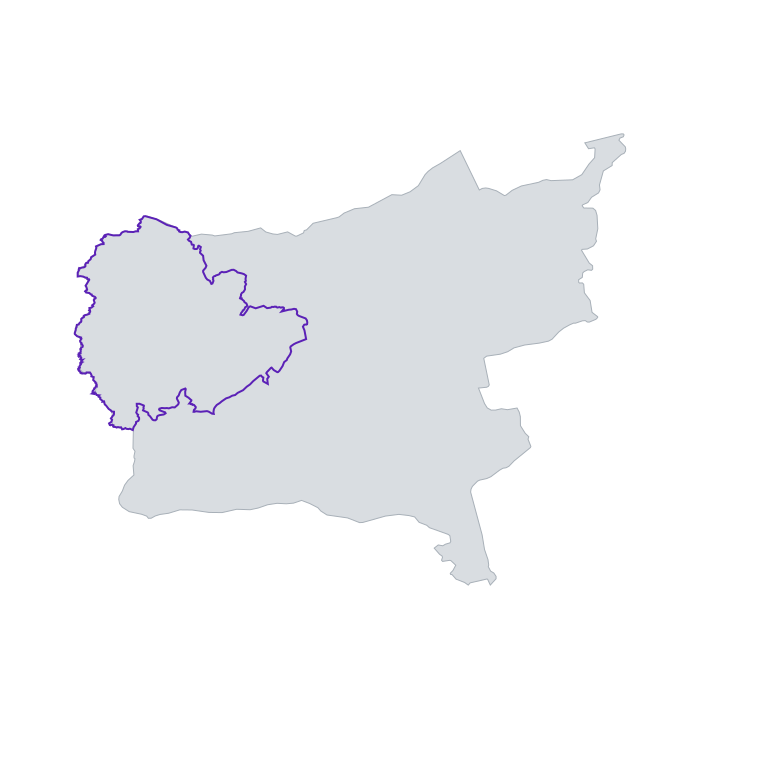 Orientale highlighted on a map of Democratic Republic of the Congo, rotated 256°
{"feature_id": "COD-1559", "entity_name": "Orientale", "entity_type": "Province", "adm_level": 1, "iso_a3": "COD", "parent_name": "Democratic Republic of the Congo", "parent_adm1": "", "projection": "equal_earth", "projection_center": [26.062, 1.632], "detail": "fine", "context": "in_parent", "style": "outline", "palette": "violet", "viewbox_px": 768, "rotation_deg": 256, "n_neighbors": 0, "source": "natural_earth", "source_scale": "10m", "svg_char_len": 9751}
<svg xmlns="http://www.w3.org/2000/svg" viewBox="0 0 768 768"><g transform="rotate(256 384 384)"><path d="M592.0,514.4L549.2,523.4L550.0,526.7L549.6,530.1L548.5,532.8L544.2,539.9L537.7,546.4L537.7,548.0L540.9,555.2L542.9,565.2L542.3,582.8L543.2,587.5L543.0,591.2L540.9,595.3L536.5,616.4L539.3,626.6L547.8,636.1L552.6,643.1L561.0,645.7L562.3,645.3L562.8,639.4L569.4,637.2L569.3,674.6L568.8,676.7L567.6,677.2L566.0,676.0L565.5,672.4L563.7,670.9L555.7,675.5L553.6,675.4L551.4,674.6L549.7,672.7L549.3,669.8L543.6,659.0L540.8,658.2L537.7,648.4L525.0,641.2L520.1,640.6L517.5,638.4L515.0,630.6L510.8,625.7L509.8,620.2L509.0,619.4L506.4,620.5L504.1,629.2L501.2,631.3L496.0,631.5L482.9,629.0L473.6,624.5L471.1,624.7L467.4,620.7L465.8,614.0L466.7,608.8L466.0,608.0L451.7,612.4L448.3,615.0L445.0,614.3L444.1,612.9L445.5,609.3L444.7,605.5L443.7,603.7L439.5,602.2L438.1,598.1L435.5,597.5L434.7,598.1L434.1,600.9L432.5,601.9L424.0,600.5L415.1,604.2L403.2,603.2L397.6,607.6L396.8,607.4L395.5,605.2L394.4,598.1L395.0,596.2L396.8,594.7L397.3,591.9L396.7,584.5L397.2,582.7L396.5,578.5L394.7,571.7L392.2,566.2L386.8,557.9L385.8,554.0L386.1,544.6L387.8,529.9L387.6,518.9L385.4,511.8L384.8,504.1L386.2,490.3L384.8,487.0L357.7,485.9L356.5,484.8L356.0,482.9L357.2,474.7L340.7,476.8L335.8,478.4L332.7,481.7L331.7,485.9L331.6,491.9L329.2,497.6L328.5,507.3L324.0,508.4L319.4,508.4L310.5,506.3L302.0,509.1L297.8,511.7L295.6,510.4L287.9,511.4L286.9,510.7L277.9,491.6L273.9,485.2L273.2,482.1L273.5,479.1L272.4,475.2L268.2,465.3L267.4,460.8L267.6,453.6L267.1,451.2L263.3,445.0L260.9,443.0L258.2,441.9L213.8,442.7L199.1,441.5L188.4,442.4L183.0,441.8L181.5,441.0L176.6,442.2L174.1,444.8L170.2,446.2L167.9,445.6L163.2,438.5L169.5,437.3L169.9,436.6L170.2,419.5L168.5,417.1L171.9,414.2L177.2,406.7L182.5,404.0L183.2,402.5L184.3,402.5L186.3,405.7L190.8,409.8L196.4,406.2L197.0,405.2L197.7,397.9L199.1,397.2L201.6,398.8L202.9,398.8L205.4,396.7L212.6,393.0L214.7,397.7L212.8,401.9L213.7,404.9L213.9,409.6L215.1,410.7L220.8,411.2L222.4,410.1L233.6,393.3L236.6,391.3L241.3,384.6L247.6,381.6L250.3,376.4L253.9,366.9L255.5,353.4L254.8,329.9L255.4,326.8L262.9,316.2L270.7,297.0L276.0,292.0L280.0,289.9L286.1,282.9L291.0,275.8L290.3,267.4L291.4,260.3L294.1,251.4L295.0,241.9L294.1,231.9L294.4,223.7L298.1,210.7L298.4,195.8L301.7,183.2L308.2,167.3L311.3,155.4L310.7,143.7L311.6,135.1L311.3,130.1L310.1,125.7L310.7,122.9L313.2,121.8L316.2,117.4L321.8,105.9L327.7,100.3L331.8,98.5L336.1,98.7L338.9,99.7L343.4,104.2L348.6,107.8L352.4,112.3L356.2,119.3L365.4,120.8L369.4,123.3L371.8,124.3L372.7,123.6L374.6,124.0L378.9,126.1L382.4,124.9L399.4,129.5L401.3,127.2L406.1,115.2L409.7,111.1L415.5,110.7L420.1,113.0L422.5,113.0L443.4,102.7L446.1,102.2L453.7,104.7L458.7,103.0L460.7,103.5L464.9,101.7L468.4,94.5L471.3,92.8L501.4,100.5L506.0,96.7L508.1,96.3L514.8,99.1L516.8,103.5L520.9,107.3L523.7,113.6L528.2,117.1L530.5,120.4L533.1,122.8L538.6,123.6L545.5,117.9L550.4,118.5L555.3,121.6L557.0,121.5L560.7,118.1L562.7,114.6L564.6,113.8L567.5,115.4L569.9,118.7L572.0,123.5L579.5,134.3L586.8,138.8L588.6,145.4L591.3,144.8L592.6,145.4L594.5,149.6L595.8,150.4L596.1,152.2L594.2,156.1L592.5,163.6L594.8,168.3L592.9,175.0L592.0,181.9L594.3,183.7L597.4,183.6L600.2,187.2L602.4,187.7L604.6,191.6L604.2,194.8L597.0,206.1L586.2,220.0L582.6,221.6L580.7,224.2L579.4,228.3L576.2,231.7L573.8,233.1L573.6,243.1L570.0,253.5L568.6,255.6L566.6,272.5L567.0,275.4L565.0,289.2L565.3,302.1L560.1,306.1L556.5,312.4L554.9,316.8L554.9,327.3L549.0,333.7L548.6,335.2L550.1,342.5L552.2,343.7L552.3,346.2L557.1,354.1L556.8,378.5L557.0,380.9L559.5,386.6L561.2,397.7L559.3,411.7L565.8,437.4L562.9,446.8L564.2,455.8L568.1,465.3L577.3,474.6L579.7,478.4L582.0,483.6L584.2,491.6L592.0,514.4Z" fill="#d9dde1" stroke="#a8b0b8" stroke-width="1"/><path d="M515.7,100.3L515.6,102.1L517.1,103.6L517.4,104.9L518.3,105.6L520.3,105.9L521.0,107.0L521.4,108.8L521.7,109.1L522.5,108.9L522.9,109.4L523.2,110.7L523.1,112.6L523.4,115.1L524.2,115.3L525.2,116.4L526.7,116.6L527.0,115.9L527.4,116.3L529.0,116.5L528.9,118.7L529.8,120.6L531.0,119.9L531.9,121.9L532.8,122.9L535.7,122.7L536.5,123.5L536.9,124.9L537.5,125.1L538.5,124.6L540.2,122.2L541.6,122.0L541.9,121.1L543.5,120.2L544.8,117.1L545.4,117.0L546.2,116.4L546.8,117.1L547.0,118.4L547.5,118.8L550.1,118.7L551.5,118.2L556.4,123.2L557.0,123.1L557.5,121.6L558.9,121.6L559.7,119.7L560.9,118.3L562.1,115.5L562.4,112.8L566.1,113.7L568.4,115.6L569.1,115.5L570.3,116.3L569.8,117.3L570.1,118.4L569.8,121.0L570.1,122.2L570.7,122.9L572.3,123.0L573.4,124.1L573.6,124.7L573.2,126.0L574.8,126.9L576.0,129.5L577.9,130.5L579.4,135.1L581.3,135.3L582.9,136.0L585.6,137.8L587.2,137.8L588.1,143.2L587.6,145.8L588.8,146.1L590.2,145.2L591.1,145.2L592.3,143.9L592.8,144.3L593.1,146.1L594.5,147.4L594.2,149.0L594.5,149.6L595.8,148.7L596.1,149.4L596.1,152.6L593.7,157.2L592.3,163.2L592.6,164.3L594.1,165.8L594.6,167.0L594.9,169.5L594.3,171.6L593.7,172.1L592.1,177.6L592.2,179.9L591.6,182.3L593.8,182.6L594.1,184.4L595.3,185.8L596.0,185.4L596.7,183.5L597.5,183.5L599.2,185.8L599.1,186.6L599.6,187.1L600.9,187.4L602.4,186.7L602.7,189.2L604.8,191.4L604.6,193.0L598.9,203.1L590.9,211.8L586.2,220.0L585.1,221.0L583.6,221.1L582.6,222.6L581.6,222.1L580.7,223.2L580.1,225.0L580.1,227.5L578.5,230.5L576.0,231.2L574.7,232.1L572.9,230.9L571.6,228.7L570.3,229.3L568.6,231.2L565.8,231.2L565.1,232.9L564.7,233.1L561.6,231.9L560.7,233.1L560.3,235.0L561.1,236.3L562.8,237.1L563.0,237.8L561.2,239.4L559.1,238.1L557.7,238.4L556.8,237.5L555.8,237.2L552.2,239.5L547.7,238.9L541.7,240.3L539.9,239.0L537.8,236.0L536.5,235.6L530.2,236.8L528.1,237.8L526.2,240.0L522.9,240.7L523.0,241.8L525.0,243.3L525.9,243.6L526.7,243.3L527.7,243.8L528.6,243.7L529.2,244.3L529.7,245.4L529.6,246.5L530.0,247.1L530.2,250.2L530.8,251.3L531.5,251.8L532.0,253.9L531.2,255.4L530.8,258.1L531.6,263.7L531.2,265.8L529.3,267.9L527.7,268.8L525.7,272.8L524.5,274.7L522.5,276.4L519.3,275.0L517.5,274.9L516.7,273.7L514.3,274.4L512.3,272.6L509.4,272.0L507.3,269.9L506.8,268.2L505.5,266.9L504.4,266.7L502.0,265.0L501.6,265.3L501.8,266.3L501.6,266.7L500.6,266.6L498.5,268.2L497.2,268.4L495.4,270.0L493.1,270.3L492.4,269.3L492.1,268.0L490.0,266.3L489.5,264.7L488.8,264.5L487.7,262.8L486.0,261.5L484.9,263.5L485.0,264.6L488.3,268.6L490.8,270.9L491.5,272.0L491.7,273.1L488.5,277.8L489.0,286.1L485.9,288.9L485.5,292.5L486.0,293.9L485.5,295.2L485.5,296.8L485.2,297.1L485.2,297.9L484.0,298.9L483.9,301.2L483.0,302.4L483.1,303.6L482.7,304.8L482.1,305.3L480.8,305.0L480.8,304.5L479.1,302.2L479.1,309.6L478.7,312.2L478.7,314.9L477.9,316.7L475.2,317.3L473.1,316.4L471.7,316.9L470.6,318.0L466.6,323.8L464.5,324.6L462.4,324.5L460.6,323.8L460.4,323.2L460.8,321.9L460.8,320.9L459.2,319.2L455.3,319.8L446.4,319.3L445.0,308.5L444.4,306.0L443.0,302.5L442.1,301.9L438.1,301.8L435.5,300.1L432.1,296.3L430.8,295.5L429.4,292.4L425.9,289.9L422.1,285.7L421.2,284.1L421.3,283.3L424.2,280.4L427.1,278.9L427.0,278.2L423.8,273.2L423.0,272.4L418.9,274.0L417.2,271.9L412.2,271.3L415.7,267.5L416.6,267.4L419.5,268.5L420.5,267.4L421.9,266.8L422.1,265.4L418.4,257.7L416.0,253.9L414.6,250.2L412.1,245.8L410.8,239.9L409.3,236.9L409.4,233.9L408.5,230.7L408.3,227.4L406.4,222.3L405.3,220.1L404.1,216.6L402.1,214.0L400.8,212.9L398.0,211.7L396.2,211.6L396.8,210.0L399.6,207.2L400.5,205.7L401.4,199.4L403.0,195.1L402.9,193.1L403.1,192.5L404.8,193.3L405.9,195.1L407.1,195.8L409.5,194.7L410.1,193.9L410.1,193.1L411.0,192.9L411.3,191.5L412.0,191.3L412.2,190.4L414.0,192.7L414.8,193.2L418.0,191.0L420.7,188.4L424.6,189.2L427.0,190.4L427.7,190.1L427.2,185.9L425.3,183.9L422.5,182.0L421.1,179.9L419.9,179.5L415.7,180.4L414.5,179.8L413.6,178.7L411.9,175.3L412.7,172.8L412.4,169.4L413.2,167.5L413.5,165.6L414.5,162.5L414.4,160.1L413.6,159.6L412.7,160.0L409.4,164.8L408.4,165.0L407.7,162.9L408.1,158.5L407.8,156.6L407.0,155.8L404.8,154.9L404.1,153.5L404.5,151.9L405.3,150.8L409.3,149.2L411.1,147.9L412.7,148.2L413.6,147.8L416.7,143.8L418.4,144.9L419.7,145.0L420.8,145.8L421.3,145.7L424.0,141.9L424.6,139.3L422.2,138.8L420.9,139.5L416.2,136.7L414.5,137.3L413.7,138.0L412.5,137.2L410.7,138.2L409.1,137.9L407.7,136.8L407.1,134.2L405.6,133.8L402.7,130.6L400.1,129.1L402.1,126.6L402.1,125.0L402.8,123.3L403.8,122.4L403.3,120.5L403.4,118.9L405.6,118.4L405.8,117.0L406.6,115.4L406.4,114.1L407.2,113.1L407.9,111.1L408.3,110.9L409.4,111.5L410.4,109.8L410.1,108.7L410.5,108.0L412.3,107.7L413.2,110.3L415.1,111.5L416.7,110.7L417.7,112.1L418.7,113.0L419.0,113.9L420.1,114.7L422.4,115.3L423.2,113.1L424.5,112.6L426.4,110.8L430.4,109.1L431.7,108.1L434.8,108.2L434.9,106.6L435.5,107.0L438.1,105.0L439.5,105.5L440.8,103.9L441.7,103.9L442.0,104.7L442.9,102.4L444.5,102.1L445.2,101.4L445.2,101.0L444.4,100.5L445.2,98.7L445.5,99.9L446.0,100.4L446.1,99.4L446.6,99.1L447.9,99.8L448.8,101.3L449.9,101.7L450.2,103.0L451.5,103.8L451.1,104.7L452.9,105.1L453.7,104.7L454.3,105.0L455.0,104.2L455.6,104.5L458.2,102.8L460.9,104.0L462.2,101.9L462.9,102.3L464.4,102.2L466.3,101.5L467.2,98.1L466.4,97.4L466.3,96.7L466.9,95.4L467.1,94.0L467.9,93.4L467.6,92.8L468.3,92.1L469.2,92.2L470.3,91.4L470.8,91.8L471.7,91.4L471.5,90.9L471.8,90.8L472.6,90.8L473.1,91.9L473.6,91.9L473.3,92.5L473.6,92.8L474.2,92.5L475.2,93.1L476.4,94.7L477.0,94.8L477.2,94.4L477.0,94.2L477.5,94.3L477.6,95.1L478.0,94.9L478.3,96.4L478.8,95.7L479.4,95.7L480.3,97.2L480.3,96.6L480.6,96.2L481.4,96.3L481.7,95.4L482.9,96.6L483.9,96.2L484.1,95.7L484.5,95.9L484.4,94.9L484.9,95.1L485.3,94.4L486.0,95.2L486.3,95.1L486.6,95.5L486.9,95.1L487.3,96.3L487.6,96.1L487.6,96.8L488.0,96.6L488.6,97.5L490.5,97.9L490.7,98.2L491.4,97.8L492.5,99.2L493.0,100.6L494.0,101.0L495.3,100.4L495.5,100.6L496.2,100.0L496.9,100.4L498.3,99.5L499.4,99.5L501.0,101.3L501.6,100.8L502.4,101.3L504.6,97.8L507.2,96.1L508.2,96.2L511.0,98.0L512.5,98.4L513.4,99.4L515.7,100.3Z" fill="none" stroke="#5b21b6" stroke-width="2"/></g></svg>